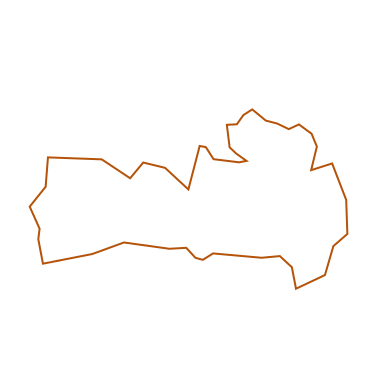 Zinder, Zinder, Niger, rotated 97°
{"feature_id": "23599985B17840081467963", "entity_name": "Zinder", "entity_type": "district", "adm_level": 2, "iso_a3": "NER", "parent_name": "Niger", "parent_adm1": "Zinder", "projection": "natural_earth1", "projection_center": [8.977, 13.754], "detail": "fine", "context": "isolated", "style": "outline", "palette": "amber", "viewbox_px": 384, "rotation_deg": 97, "n_neighbors": 0, "source": "geoboundaries", "source_scale": "gbopen_adm2", "svg_char_len": 717}
<svg xmlns="http://www.w3.org/2000/svg" viewBox="0 0 384 384"><g transform="rotate(97 192 192)"><path d="M121.1,165.6L143.1,160.1L148.4,152.9L154.5,141.7L156.8,148.9L156.8,174.6L145.8,183.7L145.4,190.0L189.9,195.9L171.3,221.7L168.7,244.0L185.9,255.1L178.3,270.2L170.6,285.6L175.2,339.2L204.6,337.9L226.3,351.3L247.0,338.8L257.6,338.8L281.3,331.2L265.7,283.4L250.4,253.4L251.1,207.4L248.1,190.9L256.9,180.6L258.0,173.0L250.4,163.6L248.8,114.9L244.9,97.0L254.5,83.7L275.3,77.0L258.2,49.9L228.5,45.1L214.7,32.7L181.0,38.0L146.6,56.4L155.8,76.4L131.7,73.6L119.6,80.4L111.9,94.1L117.8,103.6L113.7,115.7L112.1,127.5L102.7,142.3L109.4,150.4L119.3,155.7L121.1,165.6Z" fill="none" stroke="#b45309" stroke-width="2"/></g></svg>